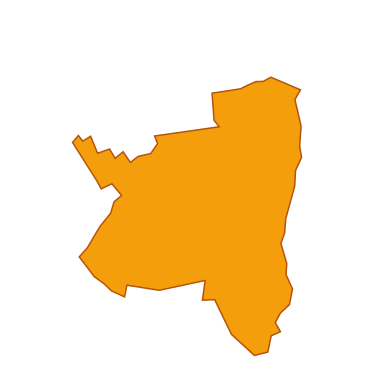 Pinhal, Rio Grande do Sul, Brazil (orthographic projection), rotated 199°
{"feature_id": "56859067B67721139652283", "entity_name": "Pinhal", "entity_type": "district", "adm_level": 2, "iso_a3": "BRA", "parent_name": "Brazil", "parent_adm1": "Rio Grande do Sul", "projection": "orthographic", "projection_center": [-53.229, -27.534], "detail": "fine", "context": "isolated", "style": "filled", "palette": "amber", "viewbox_px": 384, "rotation_deg": 199, "n_neighbors": 0, "source": "geoboundaries", "source_scale": "gbopen_adm2", "svg_char_len": 894}
<svg xmlns="http://www.w3.org/2000/svg" viewBox="0 0 384 384"><g transform="rotate(199 192 192)"><path d="M79.8,57.8L68.2,65.3L70.3,81.8L62.9,88.7L70.7,95.6L69.0,106.2L63.2,117.3L65.4,133.0L76.2,144.5L79.1,155.2L91.2,172.3L91.1,183.4L94.7,197.6L96.8,231.0L101.1,246.0L99.7,260.4L105.2,270.6L110.2,289.5L115.2,297.7L124.8,312.9L122.7,323.9L154.8,326.2L160.6,319.8L167.3,317.3L173.4,311.8L179.8,305.3L205.2,292.0L194.5,267.0L187.6,262.5L245.6,232.8L240.3,226.6L243.5,215.0L254.5,208.1L259.9,199.9L270.2,207.6L275.7,198.8L283.9,205.8L293.9,197.9L306.0,211.7L311.8,204.5L317.8,208.4L321.1,200.0L284.9,171.0L278.9,165.4L270.4,173.7L257.4,165.8L262.5,157.4L262.0,145.6L267.8,129.5L272.8,105.2L277.5,93.9L266.7,86.8L257.0,80.2L245.3,76.6L235.6,72.2L221.6,70.9L223.2,82.7L191.0,88.4L150.8,112.6L146.9,93.1L135.5,97.6L108.3,70.2L79.8,57.8Z" fill="#f59e0b" stroke="#b45309" stroke-width="1.5"/></g></svg>